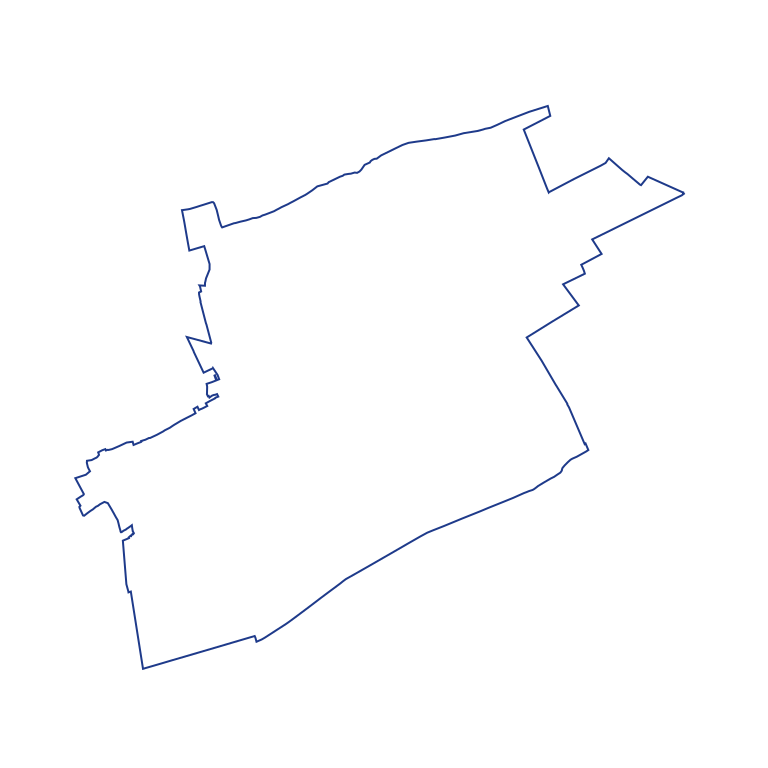 the district of Nicoresti, Galati, Romania, rotated 265°
{"feature_id": "2599482B68541646922619", "entity_name": "Nicoresti", "entity_type": "district", "adm_level": 2, "iso_a3": "ROU", "parent_name": "Romania", "parent_adm1": "Galati", "projection": "orthographic", "projection_center": [27.308, 45.921], "detail": "fine", "context": "isolated", "style": "outline", "palette": "blue", "viewbox_px": 768, "rotation_deg": 265, "n_neighbors": 0, "source": "geoboundaries", "source_scale": "gbopen_adm2", "svg_char_len": 4842}
<svg xmlns="http://www.w3.org/2000/svg" viewBox="0 0 768 768"><g transform="rotate(265 384 384)"><path d="M580.8,325.1L579.7,323.1L579.6,322.8L579.1,321.9L578.8,321.0L578.5,320.4L577.3,317.4L576.3,315.1L573.8,309.4L572.7,306.7L571.5,304.0L569.1,297.3L567.9,294.6L566.8,291.9L565.7,289.5L564.1,283.9L563.1,280.4L562.5,277.6L561.3,275.0L560.6,271.2L560.7,267.7L559.7,264.0L559.0,260.7L558.2,254.9L557.3,250.1L557.2,248.5L554.1,236.4L554.7,236.0L556.3,235.4L561.9,234.0L565.5,233.5L572.0,232.5L578.9,230.5L580.0,229.6L580.2,228.4L578.2,219.4L577.6,216.6L576.7,212.7L575.3,205.9L575.1,203.9L574.8,198.3L574.8,197.9L570.1,198.4L564.5,199.0L562.4,199.2L549.2,200.3L541.3,201.0L533.9,201.7L537.0,216.9L533.3,217.7L528.9,218.6L525.0,219.4L518.7,220.7L513.2,220.2L504.7,215.9L501.7,215.0L500.4,214.5L497.5,214.2L498.3,208.7L497.3,209.2L492.1,209.9L491.3,207.7L489.6,207.6L487.4,207.8L482.2,208.5L481.6,208.3L481.1,208.4L460.1,211.9L458.7,212.3L440.2,215.5L439.4,215.2L448.0,191.7L433.3,197.2L432.6,197.3L411.0,205.3L414.6,214.9L414.8,215.0L407.5,219.0L403.1,220.2L402.4,217.8L407.4,216.4L407.2,215.9L402.2,217.2L400.8,212.5L399.6,207.3L396.8,207.6L393.2,207.2L391.5,207.0L390.3,206.9L389.3,206.7L387.1,207.5L387.4,208.3L385.7,208.9L387.4,211.7L388.0,213.9L387.9,214.6L388.5,216.8L385.9,217.8L385.2,215.4L385.0,214.8L384.5,214.6L382.2,209.0L380.3,204.8L377.5,206.0L375.9,202.1L375.2,200.2L374.9,199.0L374.2,197.4L377.6,196.2L375.7,192.2L371.3,193.7L369.1,188.6L367.3,184.1L365.0,178.4L362.6,173.5L361.8,171.8L360.7,169.7L359.1,166.9L356.9,161.4L356.1,160.1L353.2,153.4L350.6,146.2L350.7,145.2L349.3,141.5L348.4,137.2L347.8,137.4L347.4,136.9L347.2,136.1L346.4,133.3L345.1,129.2L348.4,128.6L348.1,122.5L345.3,114.9L343.4,109.2L342.8,107.3L342.3,103.8L342.5,102.7L342.0,101.2L343.4,100.7L342.6,97.6L340.8,93.3L338.9,93.8L338.2,93.9L337.4,93.1L336.5,92.3L335.7,91.2L335.1,89.5L333.7,86.1L333.4,81.4L331.9,81.2L331.7,81.1L331.4,81.1L329.2,81.4L328.7,81.5L327.8,81.6L326.8,81.8L325.2,82.4L322.7,83.5L319.6,79.1L317.1,68.3L300.5,75.4L299.7,74.9L299.2,74.1L298.2,72.0L295.9,67.8L289.2,71.0L288.1,69.8L286.9,70.0L279.3,72.7L278.9,73.8L281.2,77.3L283.1,80.4L284.5,83.1L285.8,84.9L286.9,86.5L287.5,88.3L289.0,90.7L290.9,95.2L289.4,98.5L285.9,100.2L283.4,101.4L281.5,102.3L280.5,102.7L279.5,103.2L277.2,104.2L274.7,105.3L271.6,106.8L269.8,107.1L268.1,107.4L266.7,107.6L266.0,107.7L264.7,107.9L263.6,108.1L261.2,108.6L260.0,108.7L259.3,109.0L259.3,109.7L259.9,110.7L260.6,111.8L261.1,113.2L261.5,114.0L261.6,114.4L262.0,114.9L262.3,115.3L262.7,116.1L263.0,116.7L263.3,117.2L263.9,118.2L264.4,119.1L265.3,120.5L262.9,120.6L260.2,120.8L259.8,120.9L259.5,120.8L257.2,121.8L256.8,121.2L256.7,120.7L256.1,120.9L255.8,120.0L255.5,119.3L255.1,119.1L254.7,118.9L255.0,118.5L254.6,118.0L254.5,117.7L254.0,117.1L253.4,116.3L252.7,116.5L252.1,114.7L251.4,112.4L250.7,110.2L207.0,109.9L199.8,111.2L198.7,111.3L199.3,113.7L121.3,119.1L123.4,129.8L124.9,137.3L127.2,148.6L132.7,176.2L144.2,233.2L142.4,233.8L138.4,234.5L139.6,238.3L140.2,240.0L141.7,243.2L147.9,254.9L153.5,265.5L155.0,268.1L160.8,277.6L169.4,291.4L176.5,302.6L182.8,312.8L189.2,323.2L190.9,325.7L192.9,328.9L194.0,331.3L197.3,338.6L201.2,347.1L211.7,369.8L222.9,393.8L229.0,407.0L231.4,412.5L232.1,414.1L233.9,419.9L237.3,431.4L243.1,449.9L248.9,469.1L251.5,477.2L256.2,492.7L259.3,502.8L263.2,514.1L263.8,516.3L264.7,519.2L265.5,522.8L266.3,524.5L267.6,526.6L269.0,528.7L272.0,534.8L275.3,541.8L276.7,545.4L278.7,548.9L279.5,550.4L280.3,551.9L281.4,552.9L282.3,553.6L283.2,553.8L284.4,554.3L284.9,554.6L287.2,556.9L290.0,560.2L292.3,563.2L293.1,564.9L293.5,566.0L294.7,569.6L295.5,571.4L297.3,575.4L299.1,579.4L300.4,581.8L307.2,579.6L306.6,578.7L307.8,578.3L313.3,576.5L344.5,566.3L347.7,564.8L348.4,564.9L367.3,555.5L368.0,555.1L393.4,543.1L417.9,530.2L431.6,557.2L445.3,584.9L447.5,583.5L467.7,571.1L476.4,593.7L479.5,593.0L482.3,592.1L485.6,590.9L494.6,612.1L509.9,604.0L541.7,685.9L542.8,688.7L543.9,691.5L545.4,695.5L546.0,697.1L546.7,698.2L547.9,700.2L547.0,698.3L548.8,698.7L549.1,697.9L567.5,664.9L559.7,657.4L560.5,656.1L561.3,655.4L566.6,650.1L571.9,644.9L574.1,642.4L576.4,640.0L589.3,627.7L584.9,624.0L582.6,618.9L571.7,591.3L560.7,565.1L560.4,564.8L565.1,563.3L585.5,557.3L625.3,545.4L634.8,568.6L636.6,573.0L638.5,572.7L646.7,571.4L644.6,561.9L642.5,552.4L635.4,527.7L632.3,519.4L630.0,512.6L629.4,507.0L628.9,504.9L627.9,499.1L626.9,485.2L625.3,476.6L624.2,465.7L623.4,456.2L623.6,455.6L623.0,447.0L622.6,437.7L622.1,429.5L620.5,423.2L617.6,415.6L612.0,401.1L609.1,396.4L609.1,394.1L608.3,391.9L607.3,390.3L606.8,389.8L605.9,389.2L604.0,383.8L599.5,380.1L597.8,378.1L596.7,375.6L597.2,373.2L596.4,369.3L596.4,367.3L596.1,363.1L596.0,362.6L595.0,361.0L594.4,358.4L589.9,346.5L589.3,345.9L588.6,345.2L586.7,334.8L583.2,329.4L580.8,325.1Z" fill="none" stroke="#1e3a8a" stroke-width="2"/></g></svg>